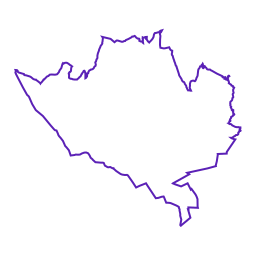 Ixtacuixtla de Mariano Matamoros, Tlaxcala, Mexico (orthographic projection)
{"feature_id": "50627088B9803475086398", "entity_name": "Ixtacuixtla de Mariano Matamoros", "entity_type": "district", "adm_level": 2, "iso_a3": "MEX", "parent_name": "Mexico", "parent_adm1": "Tlaxcala", "projection": "orthographic", "projection_center": [-98.372, 19.347], "detail": "fine", "context": "isolated", "style": "outline", "palette": "violet", "viewbox_px": 256, "rotation_deg": 0, "n_neighbors": 0, "source": "geoboundaries", "source_scale": "gbopen_adm2", "svg_char_len": 5624}
<svg xmlns="http://www.w3.org/2000/svg" viewBox="0 0 256 256"><path d="M54.3,129.6L54.6,129.8L55.0,130.2L56.5,130.5L57.8,133.4L58.4,135.1L59.1,136.2L60.8,138.1L63.0,141.0L65.2,146.0L66.3,147.1L68.9,150.3L70.7,155.5L74.6,155.0L75.6,154.6L78.9,154.7L80.1,154.5L81.8,153.5L83.7,152.8L84.4,152.6L86.2,152.5L88.0,153.2L88.8,154.2L89.8,155.8L90.6,157.7L92.4,159.2L92.9,159.9L95.4,162.2L101.4,162.7L103.0,162.7L103.8,163.0L104.6,165.0L105.2,165.9L106.2,166.3L107.4,167.1L108.3,167.3L110.2,167.0L112.4,168.2L113.5,168.2L113.6,168.8L114.1,169.1L116.2,171.0L120.6,174.0L122.2,174.6L124.9,175.0L127.0,174.9L127.9,175.4L133.0,182.7L136.1,187.5L139.4,185.9L146.0,183.3L147.7,186.0L155.8,198.2L158.3,197.9L161.5,196.8L163.6,196.5L164.0,197.2L166.2,202.7L169.0,202.8L170.7,203.1L176.3,205.5L178.0,206.4L178.9,207.1L178.9,207.9L179.6,209.4L179.5,210.2L180.3,214.1L180.2,215.2L180.3,216.0L181.3,219.6L180.3,224.9L180.4,225.3L180.8,225.7L190.4,217.7L188.0,209.4L188.5,209.5L188.4,207.4L197.9,207.8L197.6,206.5L197.5,199.1L196.6,196.6L195.6,194.6L191.5,188.9L190.8,189.6L187.6,183.3L181.1,186.4L175.3,184.4L172.9,183.4L173.0,183.3L189.2,174.3L187.2,172.8L207.5,168.4L215.9,166.1L215.8,165.7L215.9,164.9L216.8,161.3L217.8,154.7L217.7,154.0L226.7,153.6L226.8,151.9L235.3,139.4L234.3,139.2L233.1,138.8L231.5,138.2L231.0,137.8L232.2,137.8L233.2,137.0L234.2,136.3L235.0,136.0L235.3,135.6L235.9,135.1L237.2,135.0L238.2,134.3L238.3,132.6L238.8,132.4L239.2,131.2L240.3,131.0L240.6,130.7L240.5,130.4L239.7,129.9L239.6,129.5L239.6,129.3L240.0,129.0L240.4,128.4L240.4,127.4L238.8,127.3L238.4,127.1L237.0,127.2L235.3,126.9L232.1,125.3L231.6,124.6L231.0,124.2L230.7,124.0L229.7,124.1L228.5,123.3L229.0,123.1L229.1,122.8L229.3,121.4L229.7,121.2L230.3,121.1L230.4,120.9L230.4,120.6L229.9,120.1L229.9,119.9L230.2,119.1L230.9,118.3L231.2,116.8L232.5,116.3L232.8,116.0L233.0,115.2L234.1,114.8L234.3,114.4L234.1,114.0L233.4,113.5L233.1,113.0L233.3,112.0L232.8,111.6L232.8,111.0L232.8,110.8L233.3,110.3L233.3,110.1L233.0,109.9L232.2,110.1L231.8,110.0L231.6,108.8L230.8,107.5L231.2,106.8L230.5,105.9L230.2,105.0L230.5,104.2L230.2,103.4L230.4,101.8L231.9,100.4L232.2,99.8L232.4,98.1L233.1,97.5L233.3,97.1L232.7,94.3L232.8,93.9L233.3,93.4L233.6,92.7L233.2,91.2L233.1,89.8L234.1,87.7L233.3,87.3L233.4,86.8L233.1,86.2L231.5,85.6L231.2,84.7L230.7,84.5L228.8,83.2L229.0,82.4L228.6,80.9L227.8,80.3L227.7,79.9L228.1,79.2L227.8,78.9L227.7,78.4L228.4,77.0L228.4,76.5L228.6,76.1L229.2,76.0L229.1,75.8L228.7,75.7L227.9,76.4L227.1,78.7L226.7,79.6L226.3,79.7L225.9,79.5L225.8,79.3L226.2,79.0L226.2,78.7L225.4,79.0L224.9,78.9L225.4,78.2L225.2,77.4L224.5,77.8L223.6,77.7L223.6,77.1L222.7,77.1L222.4,76.9L222.4,76.2L216.9,73.6L212.0,70.8L210.9,70.3L209.9,69.5L208.7,69.6L207.4,69.4L207.0,69.1L206.3,67.9L205.3,67.1L204.8,66.2L203.9,65.9L203.4,66.2L203.3,66.6L203.7,67.4L203.7,67.8L203.5,68.1L203.1,68.1L202.6,67.5L202.3,66.9L202.3,66.3L202.9,64.2L202.7,63.8L202.4,64.4L201.7,64.9L201.1,66.3L200.7,66.4L200.1,66.4L199.5,68.0L198.5,69.2L198.2,70.2L197.6,75.5L197.4,76.2L196.5,77.9L196.1,79.3L195.3,80.9L194.9,81.2L194.4,81.1L193.7,80.7L192.5,80.7L191.2,81.1L190.6,81.7L189.9,83.8L190.0,85.8L189.7,87.5L189.9,88.3L191.0,90.7L190.5,90.7L189.2,90.3L188.1,90.4L187.4,89.3L186.8,87.8L186.4,87.2L186.2,85.8L184.7,83.7L184.6,83.0L183.8,81.9L183.0,81.7L182.5,81.2L181.8,80.0L181.5,79.0L179.2,75.4L178.8,73.7L176.6,67.0L176.5,66.3L175.8,65.6L174.9,62.6L174.3,61.3L174.2,60.6L173.3,58.2L172.7,55.9L171.9,54.8L171.8,53.8L172.1,52.5L172.2,50.7L171.3,50.4L170.3,49.6L169.2,47.3L165.0,48.3L163.8,48.4L161.6,48.0L160.4,47.7L160.0,45.0L160.1,39.4L160.4,36.1L160.3,35.3L160.0,34.5L159.9,33.4L160.1,33.0L161.0,32.2L162.0,30.3L160.6,30.7L159.6,31.4L159.3,31.9L158.7,32.3L157.6,32.4L156.6,32.8L154.8,33.1L154.0,34.4L153.5,37.0L152.6,38.7L151.3,40.3L149.5,42.1L149.2,42.5L147.9,41.3L146.7,39.4L145.7,38.8L146.7,38.9L146.8,36.9L145.5,37.0L145.3,37.7L145.1,37.4L144.6,37.3L143.5,37.8L142.7,37.4L142.6,38.8L143.0,39.9L142.7,41.5L143.0,42.0L143.1,42.9L142.7,42.6L142.1,41.5L141.5,41.4L140.7,41.5L139.3,40.8L139.5,39.3L139.2,38.8L138.9,38.6L137.6,38.6L136.0,37.4L135.1,36.2L134.5,35.9L133.4,36.5L132.2,36.5L131.5,37.3L130.4,37.9L128.4,39.0L125.8,40.1L125.1,41.0L124.0,41.1L122.9,41.7L121.9,41.8L117.6,40.5L116.6,40.5L114.5,42.2L110.6,38.9L102.3,36.9L102.9,37.8L102.9,38.2L102.6,40.5L102.6,41.1L102.2,42.8L102.3,43.6L101.6,44.7L100.7,45.8L100.2,47.2L99.2,49.4L98.8,51.0L97.9,53.3L97.4,55.6L97.4,57.9L97.2,58.5L96.5,59.4L96.0,61.4L95.3,62.3L95.8,64.7L95.5,65.9L94.4,66.7L93.7,68.2L92.7,69.1L91.2,69.6L90.7,69.6L90.2,70.1L89.4,70.4L88.5,71.7L88.2,73.2L87.3,73.3L87.0,76.5L86.3,77.3L86.1,77.8L85.4,78.2L85.4,73.5L84.8,71.4L84.5,70.8L84.3,70.7L83.7,70.9L83.3,71.8L82.2,73.2L81.9,74.0L81.4,74.4L81.1,75.3L80.5,76.4L79.4,77.2L78.4,78.4L77.4,79.1L77.1,79.5L74.3,79.5L72.8,79.3L71.7,78.8L70.9,78.8L70.5,78.7L69.3,78.1L69.0,77.6L69.1,74.6L68.7,73.7L68.9,73.0L69.5,72.6L69.6,72.0L69.8,71.9L70.2,71.9L70.8,71.3L71.0,70.5L71.2,68.0L71.8,66.6L72.0,66.4L71.6,66.2L71.3,65.7L69.9,64.9L68.6,63.8L67.1,62.9L66.1,62.7L64.7,62.9L64.0,63.3L63.7,63.6L63.0,63.1L62.5,63.9L61.3,68.1L59.5,70.5L59.0,72.0L57.2,74.2L56.6,74.4L55.0,74.7L51.5,74.5L49.7,74.7L48.4,76.0L47.4,76.3L46.9,76.6L44.0,79.6L43.6,79.5L42.6,81.1L41.2,82.7L40.6,83.1L40.4,83.5L40.0,82.9L37.2,80.7L36.2,80.1L36.0,79.7L35.2,79.7L33.4,79.1L31.0,77.1L29.9,76.5L26.0,75.3L24.8,75.2L24.1,74.8L23.9,74.0L22.7,73.7L18.7,72.5L17.7,71.7L17.7,70.9L17.2,70.3L16.9,70.1L15.5,70.0L15.8,70.8L15.5,72.4L15.4,72.7L15.9,73.6L16.0,74.1L22.9,87.4L27.1,94.9L28.5,96.1L29.1,97.0L32.2,104.1L35.8,110.1L42.9,116.0L50.8,125.6L54.3,129.6Z" fill="none" stroke="#5b21b6" stroke-width="2"/></svg>